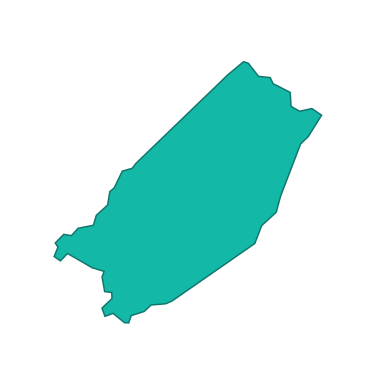 the district of Madison, Texas, United States of America, rotated 146°
{"feature_id": "52423323B16147855559492", "entity_name": "Madison", "entity_type": "district", "adm_level": 2, "iso_a3": "USA", "parent_name": "United States of America", "parent_adm1": "Texas", "projection": "natural_earth1", "projection_center": [-95.854, 30.959], "detail": "fine", "context": "isolated", "style": "filled", "palette": "teal", "viewbox_px": 384, "rotation_deg": 146, "n_neighbors": 0, "source": "geoboundaries", "source_scale": "gbopen_adm2", "svg_char_len": 758}
<svg xmlns="http://www.w3.org/2000/svg" viewBox="0 0 384 384"><g transform="rotate(146 192 192)"><path d="M269.5,112.8L168.7,114.2L153.0,125.2L133.5,128.1L120.8,139.1L75.1,171.1L64.5,173.0L41.6,183.2L46.0,194.2L57.6,198.7L62.0,207.6L54.9,219.6L64.2,236.5L63.2,243.1L72.2,250.7L73.3,267.2L76.3,271.2L96.9,269.1L222.3,247.1L228.4,245.1L238.1,248.3L254.2,238.9L259.9,238.3L269.2,228.4L284.3,226.2L292.4,219.6L306.6,225.6L316.4,223.3L322.0,228.6L333.9,226.2L334.0,221.2L342.4,215.6L339.6,208.5L329.6,210.6L317.0,184.8L309.3,175.4L314.1,171.8L320.1,158.3L314.8,153.5L317.9,148.4L331.5,146.1L333.7,137.6L325.3,135.5L321.1,121.5L317.7,118.9L311.5,123.5L298.5,119.7L289.1,121.2L276.2,114.0L269.5,112.8Z" fill="#14b8a6" stroke="#0f766e" stroke-width="1.5"/></g></svg>